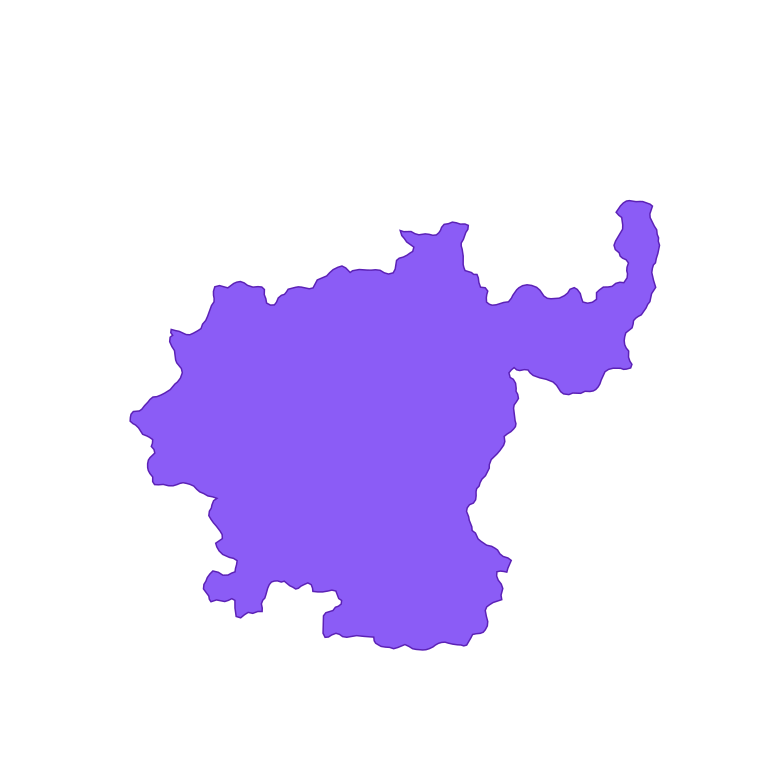 outline of Medina, Minas Gerais, Brazil, rotated 204°
{"feature_id": "56859067B34003853374610", "entity_name": "Medina", "entity_type": "district", "adm_level": 2, "iso_a3": "BRA", "parent_name": "Brazil", "parent_adm1": "Minas Gerais", "projection": "orthographic", "projection_center": [-41.531, -16.312], "detail": "fine", "context": "isolated", "style": "filled", "palette": "violet", "viewbox_px": 768, "rotation_deg": 204, "n_neighbors": 0, "source": "geoboundaries", "source_scale": "gbopen_adm2", "svg_char_len": 6171}
<svg xmlns="http://www.w3.org/2000/svg" viewBox="0 0 768 768"><g transform="rotate(204 384 384)"><path d="M204.6,177.2L202.3,179.1L201.4,187.2L201.2,191.2L198.3,193.3L194.6,195.4L192.4,197.6L191.5,200.6L191.2,205.0L192.6,209.2L196.0,213.4L199.4,218.3L199.5,222.2L197.7,225.4L195.4,228.8L188.7,234.9L191.2,238.7L192.3,245.5L195.5,248.9L199.9,251.3L203.0,254.4L204.5,258.4L201.7,260.4L198.5,261.4L195.3,262.1L195.9,266.1L196.0,274.6L200.0,275.5L205.1,274.9L209.1,276.0L212.7,278.5L215.6,279.1L219.6,279.5L224.7,278.5L231.8,279.8L235.1,280.8L239.8,285.0L243.9,286.0L245.7,289.3L250.7,294.2L252.8,297.3L256.8,301.2L257.6,304.7L256.8,308.5L253.9,311.6L253.2,315.5L254.4,319.4L256.1,323.0L256.8,326.1L255.6,329.4L256.1,333.0L255.8,337.0L254.0,341.5L253.6,349.9L255.0,353.2L255.3,358.6L252.2,366.4L251.0,370.6L249.8,376.7L250.2,380.5L252.9,385.0L251.1,388.5L248.7,392.1L247.3,395.6L246.6,398.5L247.3,401.4L249.3,403.8L255.8,414.6L256.6,417.8L255.8,421.7L255.3,425.5L257.7,429.0L260.4,431.0L261.5,433.8L264.1,438.2L267.8,440.9L271.4,441.3L274.4,445.0L273.4,448.7L271.8,451.9L268.6,450.9L265.5,451.5L261.7,454.2L258.2,455.4L255.1,453.6L251.2,452.5L244.2,453.0L237.6,454.3L230.4,454.6L225.8,453.0L219.4,448.8L215.9,448.0L210.8,449.5L207.9,452.5L200.5,455.5L197.4,459.1L192.8,460.9L190.0,462.8L188.3,465.1L187.2,468.4L186.8,471.9L187.2,476.0L187.1,485.1L184.8,488.7L181.1,491.6L174.2,494.6L171.1,494.8L168.6,496.2L165.2,499.0L165.5,502.8L168.6,504.8L171.5,507.9L173.9,513.6L177.4,515.4L180.1,517.8L182.2,521.3L183.3,525.0L183.9,529.1L180.2,536.2L180.8,540.1L181.8,543.4L180.8,546.5L179.2,549.2L177.1,551.8L175.5,560.1L175.5,563.9L174.6,567.4L176.3,575.4L175.1,582.8L179.9,588.3L184.7,594.7L185.9,599.0L186.3,602.4L185.3,605.1L186.3,609.4L186.9,614.6L188.7,622.8L191.5,626.0L192.6,629.2L195.3,631.8L197.6,635.8L201.3,638.2L208.5,644.2L210.3,647.5L211.1,655.7L214.0,656.5L221.9,655.9L224.7,654.7L227.9,653.1L234.5,651.3L237.0,649.7L239.0,646.7L240.4,642.9L241.8,635.3L238.0,633.6L234.6,632.8L230.6,626.4L229.0,622.5L230.6,608.8L230.3,604.3L227.4,600.9L222.5,599.5L220.3,596.9L217.3,596.0L213.4,596.0L209.9,594.0L209.5,589.5L208.3,586.2L206.4,583.8L205.1,579.9L206.1,574.1L209.9,572.9L213.2,570.2L215.3,566.0L218.7,563.8L223.1,561.7L225.5,557.5L227.0,553.9L224.3,547.8L226.9,543.4L230.9,540.6L235.7,539.8L238.8,543.1L241.5,546.5L245.9,549.0L249.4,549.4L252.6,546.2L253.2,541.8L255.1,538.1L258.8,533.7L266.1,529.8L269.7,528.7L273.7,529.4L279.7,533.1L283.9,534.4L289.2,534.1L293.7,532.8L297.4,530.2L299.9,526.8L301.1,524.0L302.4,517.4L302.5,514.3L303.7,509.7L307.8,507.2L313.7,502.0L317.2,500.0L320.1,499.7L323.6,500.5L325.6,504.4L326.5,507.5L327.0,511.1L330.7,513.1L335.2,511.7L338.6,515.3L341.0,519.3L343.6,521.9L346.7,520.6L349.4,521.4L356.1,520.6L358.5,523.0L360.3,525.4L363.7,533.1L367.4,538.9L369.6,541.5L370.8,544.2L370.3,548.4L370.9,555.7L370.3,559.4L371.5,563.2L375.1,563.1L379.4,561.1L383.5,560.7L387.4,559.7L390.3,556.7L394.0,554.3L395.1,550.6L394.9,547.4L395.4,544.5L396.8,541.5L399.9,539.7L403.6,539.1L407.4,537.9L412.8,534.5L416.8,533.9L421.3,534.3L427.9,531.2L431.6,530.8L428.1,526.8L424.5,525.1L421.1,523.0L412.4,521.2L411.7,516.8L413.7,513.9L415.3,511.1L417.9,507.9L421.3,505.1L422.8,502.0L420.5,493.5L420.8,489.3L424.6,486.3L429.0,485.7L433.8,486.3L438.2,484.9L442.0,482.8L445.5,481.3L453.2,478.5L458.8,474.7L460.3,472.1L466.2,474.5L470.4,474.7L473.6,471.9L477.0,467.8L478.9,463.6L480.3,459.4L487.3,451.9L487.9,442.9L491.0,440.6L498.9,438.9L501.8,437.9L504.2,436.3L510.1,431.6L510.6,428.3L511.4,425.4L513.8,423.3L515.6,419.6L515.5,415.0L516.3,411.7L519.8,409.9L524.2,410.2L526.6,413.8L529.7,416.9L531.7,421.7L535.1,422.9L538.7,421.7L543.1,419.2L548.8,418.6L552.9,419.5L556.9,419.2L560.0,417.1L562.2,414.7L565.8,408.3L574.3,407.0L578.1,404.0L577.5,399.3L575.9,395.8L574.0,393.1L572.7,389.9L573.5,385.5L572.7,374.2L572.7,369.5L574.1,364.9L573.7,360.2L575.8,356.9L578.8,352.9L581.4,350.0L584.8,348.7L592.6,348.8L596.1,348.0L600.6,347.3L599.7,344.2L596.9,342.6L598.4,339.7L597.0,335.5L593.1,332.0L589.0,329.3L584.1,321.2L581.9,319.0L575.4,315.7L572.8,312.2L572.4,306.5L573.5,301.8L575.0,298.9L577.0,291.9L580.7,286.4L583.2,283.3L586.3,280.1L589.8,278.1L591.5,274.7L592.3,271.4L593.9,266.9L595.0,262.4L596.5,259.9L601.8,256.9L602.8,253.5L602.1,250.3L600.8,246.8L597.2,245.7L594.3,245.5L590.4,244.1L584.0,239.9L579.4,240.1L576.5,239.9L572.7,239.1L571.4,235.6L571.2,232.3L567.5,230.6L565.3,227.7L567.8,221.6L568.3,218.7L567.5,215.0L565.9,211.5L564.1,209.1L561.4,207.0L557.5,205.0L555.6,200.7L552.7,198.8L549.0,200.2L544.8,202.5L539.5,203.4L535.3,205.2L532.2,207.9L530.0,210.2L527.4,212.1L523.8,212.9L520.5,213.4L516.3,213.4L512.1,211.6L508.4,210.5L504.1,210.6L499.4,210.1L494.7,211.2L490.1,211.6L492.2,208.1L492.0,203.5L491.3,200.4L491.8,196.8L490.5,192.5L487.0,190.0L483.3,187.8L479.4,186.0L473.8,182.9L470.6,180.6L468.8,177.0L473.0,170.1L470.5,167.2L466.8,164.5L462.0,162.7L454.7,162.7L450.6,163.5L446.3,162.9L445.2,158.9L444.7,155.3L443.7,151.8L446.3,149.3L448.8,146.0L453.4,143.8L458.8,144.6L464.3,143.6L465.8,139.6L466.7,135.3L466.5,131.4L467.0,127.7L465.6,123.4L457.8,119.0L456.0,116.3L453.5,114.7L449.2,118.6L441.0,120.5L438.1,123.1L435.7,126.0L432.2,125.7L429.0,118.7L424.5,111.5L419.8,112.1L417.6,116.5L415.2,120.1L410.6,121.1L406.8,124.8L402.8,126.6L404.1,129.8L406.6,133.3L406.8,137.2L405.8,139.9L406.2,143.5L407.2,150.2L407.2,154.1L406.3,157.3L404.1,159.3L401.3,160.8L397.3,161.3L394.9,163.3L388.1,161.4L384.6,161.3L381.3,160.8L379.1,162.6L377.7,165.5L375.6,168.1L372.7,171.3L368.9,171.1L366.3,168.5L364.6,165.6L360.0,167.1L355.5,169.1L351.1,172.0L347.8,174.5L343.8,175.3L338.1,169.6L334.7,169.0L333.6,165.6L335.3,162.4L337.6,160.3L338.5,156.3L344.1,151.4L345.0,147.6L338.3,131.5L334.8,128.6L331.8,130.3L329.7,133.5L326.5,136.7L322.8,137.2L319.1,136.4L315.0,137.5L306.7,143.0L299.3,145.4L290.4,148.6L288.5,145.4L286.2,143.8L283.1,143.4L279.9,143.1L275.8,144.2L271.7,145.7L267.5,146.1L264.2,148.9L258.9,154.5L254.3,154.4L250.2,153.8L246.7,154.6L240.4,156.8L237.5,158.4L234.9,160.7L232.2,163.9L230.9,166.4L228.8,169.2L226.2,171.4L223.2,173.0L220.0,173.4L215.4,174.3L210.9,175.6L207.5,176.9L204.6,177.2Z" fill="#8b5cf6" stroke="#5b21b6" stroke-width="1.5"/></g></svg>